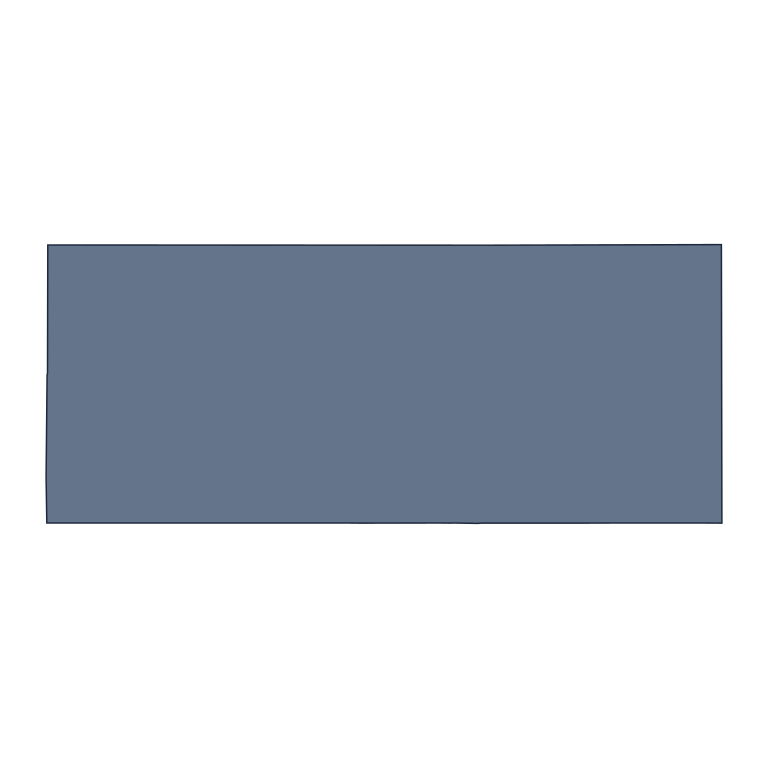 the district of Bowman, North Dakota, United States of America
{"feature_id": "52423323B51732533466336", "entity_name": "Bowman", "entity_type": "district", "adm_level": 2, "iso_a3": "USA", "parent_name": "United States of America", "parent_adm1": "North Dakota", "projection": "equal_earth", "projection_center": [-103.415, 46.113], "detail": "fine", "context": "isolated", "style": "filled", "palette": "slate", "viewbox_px": 768, "rotation_deg": 0, "n_neighbors": 0, "source": "geoboundaries", "source_scale": "gbopen_adm2", "svg_char_len": 463}
<svg xmlns="http://www.w3.org/2000/svg" viewBox="0 0 768 768"><path d="M721.4,244.6L487.1,245.2L47.8,245.0L47.5,373.7L47.1,374.6L46.1,477.4L46.8,523.0L289.2,523.0L294.2,523.0L348.0,523.0L359.8,523.1L439.5,523.0L441.1,523.0L450.3,523.1L454.6,523.0L477.7,523.4L481.7,523.1L536.4,523.1L578.7,523.1L583.7,523.1L615.4,523.0L628.5,523.0L656.2,523.0L668.7,523.0L688.4,523.0L702.4,523.0L721.9,523.1L721.4,244.6Z" fill="#64748b" stroke="#1e293b" stroke-width="1.5"/></svg>